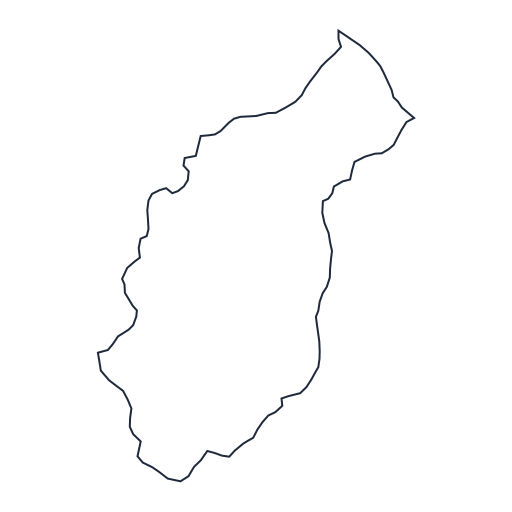 Pongaí, São Paulo, Brazil (orthographic projection)
{"feature_id": "56859067B25984045214386", "entity_name": "Pongaí", "entity_type": "district", "adm_level": 2, "iso_a3": "BRA", "parent_name": "Brazil", "parent_adm1": "São Paulo", "projection": "orthographic", "projection_center": [-49.356, -21.725], "detail": "fine", "context": "isolated", "style": "outline", "palette": "slate", "viewbox_px": 512, "rotation_deg": 0, "n_neighbors": 0, "source": "geoboundaries", "source_scale": "gbopen_adm2", "svg_char_len": 1776}
<svg xmlns="http://www.w3.org/2000/svg" viewBox="0 0 512 512"><path d="M100.8,370.6L109.1,380.3L114.3,384.3L123.1,390.9L127.7,399.6L131.4,408.5L130.1,418.1L129.8,426.8L133.2,434.2L140.7,441.4L137.5,456.3L142.8,462.6L152.4,467.3L158.8,471.7L167.8,478.6L180.5,481.3L188.5,476.2L194.0,466.9L200.8,460.3L207.3,451.0L214.7,453.0L221.8,455.6L229.2,456.7L234.8,450.6L243.1,443.7L248.0,440.7L253.2,437.8L257.5,429.4L262.5,422.1L268.3,415.5L275.4,412.1L282.3,405.8L281.5,398.5L288.2,396.2L300.2,393.2L306.6,386.9L311.5,379.3L315.3,372.3L318.3,367.2L319.5,358.9L319.7,351.4L319.3,341.5L317.1,325.7L315.9,316.8L318.3,310.8L319.7,301.6L322.7,293.2L326.8,286.9L329.8,277.6L330.1,268.6L331.0,259.0L332.0,251.0L330.2,242.9L328.6,233.1L324.5,223.1L322.3,212.8L322.9,201.1L328.2,198.8L332.3,193.2L333.9,186.5L342.8,181.3L350.1,179.5L352.1,170.3L354.5,161.9L365.1,156.6L374.9,153.7L381.7,153.3L388.5,149.3L393.7,144.9L396.5,139.4L401.4,130.1L406.5,122.0L414.1,118.0L401.8,107.5L397.8,101.4L393.5,97.4L391.6,89.9L383.6,72.6L380.3,66.2L376.5,61.5L368.8,53.0L359.8,45.2L338.5,30.7L338.5,39.0L341.0,46.9L334.5,54.0L327.1,60.6L321.4,66.3L317.2,72.3L310.3,81.2L305.4,88.2L301.8,95.1L295.3,101.8L285.9,107.4L275.8,112.8L268.0,113.1L256.1,116.0L240.5,116.8L234.0,118.7L228.5,123.0L220.6,131.0L215.0,134.4L208.8,135.3L200.7,136.0L195.8,155.9L184.7,158.0L183.5,165.6L188.7,171.3L187.8,180.1L184.0,186.2L178.0,191.1L172.3,193.2L166.2,188.2L159.7,190.1L152.0,193.9L148.5,200.5L147.3,210.0L148.0,220.1L148.5,229.1L146.7,236.1L140.6,238.7L138.7,248.0L139.9,257.6L134.5,261.6L127.2,267.9L122.1,278.9L124.5,284.5L124.9,292.8L132.8,305.9L136.9,310.4L136.3,316.5L133.2,325.1L128.6,329.7L118.0,336.4L112.8,344.1L107.9,350.0L97.9,352.7L99.3,361.0L100.8,370.6Z" fill="none" stroke="#1e293b" stroke-width="2"/></svg>